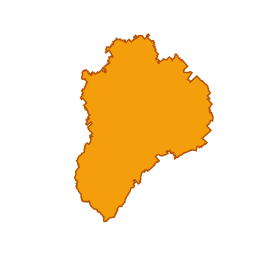 outline of Lockyer Valley, Queensland, Australia, rotated 39°
{"feature_id": "25037944B69715811070998", "entity_name": "Lockyer Valley", "entity_type": "district", "adm_level": 2, "iso_a3": "AUS", "parent_name": "Australia", "parent_adm1": "Queensland", "projection": "natural_earth1", "projection_center": [152.214, -27.681], "detail": "fine", "context": "isolated", "style": "filled", "palette": "amber", "viewbox_px": 256, "rotation_deg": 39, "n_neighbors": 0, "source": "geoboundaries", "source_scale": "gbopen_adm2", "svg_char_len": 5764}
<svg xmlns="http://www.w3.org/2000/svg" viewBox="0 0 256 256"><g transform="rotate(39 128 128)"><path d="M197.1,96.3L197.7,91.9L198.3,92.0L198.7,89.7L194.6,89.3L192.2,89.4L193.9,77.7L187.7,76.6L188.6,73.2L187.3,70.3L189.3,69.2L188.5,68.0L187.3,66.3L185.4,64.7L184.6,65.0L183.7,63.7L182.3,63.5L182.1,64.6L180.5,63.5L180.7,62.2L178.3,61.8L178.6,59.8L178.1,58.1L178.3,56.5L171.8,55.5L172.9,54.9L173.0,53.6L169.5,53.1L170.0,49.1L167.3,48.3L164.5,46.0L163.1,45.2L161.7,45.0L160.9,45.3L155.8,44.5L155.5,45.3L148.8,44.3L147.5,53.3L146.1,52.2L143.7,52.8L142.9,44.7L140.9,45.1L140.6,46.0L139.9,46.8L139.9,47.4L139.5,47.4L137.0,49.2L136.0,49.4L135.0,48.3L135.2,47.8L134.8,47.3L135.5,42.5L127.3,41.1L127.2,41.6L127.0,41.3L125.7,41.8L124.9,41.7L124.4,41.2L124.2,41.9L123.6,41.9L122.7,41.7L121.0,40.6L118.8,40.3L118.5,40.8L119.4,43.3L119.9,43.7L119.6,46.5L119.9,47.4L117.7,46.7L115.5,46.8L115.0,50.8L113.2,51.8L111.9,52.1L112.2,53.5L111.1,56.3L110.9,57.8L111.2,57.9L111.1,58.5L109.7,58.2L109.5,57.7L109.9,57.0L109.8,56.0L107.8,55.7L107.2,56.9L106.1,56.9L106.2,56.4L105.9,55.7L106.2,54.2L106.0,53.7L104.9,53.5L105.1,51.6L100.4,50.9L100.6,49.5L97.9,49.0L98.0,48.0L97.4,48.4L95.9,48.2L96.2,46.4L94.4,46.1L94.6,45.0L93.1,44.7L93.4,43.8L93.0,44.3L92.0,44.6L91.8,45.3L92.0,46.0L88.9,45.5L88.6,45.8L85.9,45.3L86.3,42.6L84.7,42.3L84.3,44.6L85.4,45.3L84.9,48.4L80.9,47.5L78.3,49.4L78.6,49.5L78.3,52.7L77.7,53.0L76.0,51.6L76.6,51.3L75.6,51.2L75.4,54.0L77.3,54.3L77.0,56.3L76.6,56.2L76.3,59.1L73.0,58.5L72.5,63.0L72.2,63.3L71.6,62.9L70.8,63.0L70.9,61.8L70.6,61.5L69.4,62.6L69.5,63.2L69.3,63.4L68.2,63.4L66.7,64.2L65.9,63.8L65.6,64.2L65.6,64.9L64.7,65.5L62.7,65.7L63.4,66.6L62.6,68.4L62.9,69.2L62.0,70.3L62.2,70.5L63.1,70.6L63.2,71.4L62.9,72.1L63.8,72.0L64.1,72.7L63.3,73.4L62.7,74.5L62.8,74.8L63.7,75.3L63.3,75.9L63.3,76.8L62.9,77.5L62.6,77.6L62.1,77.2L60.6,78.4L60.9,79.9L61.4,80.9L62.2,81.4L62.9,81.5L62.7,83.0L63.3,82.8L63.7,83.2L64.2,79.6L65.8,79.8L66.5,80.4L68.1,80.6L69.2,81.5L70.3,81.6L70.4,81.9L71.1,81.8L71.4,82.7L69.4,83.4L69.6,84.2L68.6,84.9L70.3,86.4L69.9,88.7L71.0,89.1L71.3,88.7L72.7,88.6L72.3,91.3L71.7,91.1L70.6,98.2L70.9,98.3L72.1,97.2L73.5,96.5L73.9,96.6L73.2,97.5L74.0,97.6L73.9,98.0L74.3,98.1L74.5,97.7L75.6,97.9L75.5,99.3L74.5,99.1L73.4,99.5L72.9,99.4L70.9,99.7L70.3,103.8L69.3,103.6L68.9,106.3L67.4,106.3L67.3,106.9L65.2,106.6L65.0,108.4L66.4,108.6L66.2,110.2L63.5,109.7L63.4,110.6L61.9,110.1L61.2,109.0L60.7,109.2L60.7,109.4L58.8,109.1L58.5,111.0L57.5,110.8L57.3,113.4L58.2,114.5L59.0,114.6L59.5,116.3L60.8,118.6L62.2,118.7L62.9,117.7L63.6,117.9L64.0,117.0L64.7,117.0L65.8,117.8L66.4,118.0L67.3,117.6L67.6,117.9L67.9,118.3L67.4,120.0L68.3,121.1L68.6,121.7L68.3,123.2L68.9,123.3L69.6,125.6L68.4,126.1L68.3,126.7L68.6,127.4L68.5,128.3L71.3,128.8L71.0,131.0L72.3,131.3L71.9,134.3L73.9,134.9L74.1,133.4L79.9,134.4L79.4,138.3L80.7,138.4L81.6,139.3L81.6,138.7L83.5,138.9L83.4,139.9L84.2,139.4L84.5,139.5L84.6,140.1L85.0,139.8L86.3,140.2L86.7,140.8L87.6,141.4L88.2,141.4L88.4,142.0L89.1,142.1L89.6,142.7L90.3,142.2L89.9,144.7L92.1,145.1L92.0,146.1L90.7,145.9L90.4,148.0L92.2,148.3L92.8,150.5L92.5,151.3L94.4,151.6L95.2,146.7L97.2,147.0L96.4,152.8L97.9,153.1L97.8,153.7L103.8,154.7L103.5,156.8L105.7,157.1L105.3,157.9L105.3,158.6L103.5,158.3L103.9,158.8L104.4,158.9L104.8,159.5L106.2,159.9L106.7,161.0L107.3,161.7L107.7,162.9L107.7,164.3L108.1,165.1L107.7,165.3L105.9,165.3L105.9,165.8L105.5,166.1L105.4,167.3L105.8,168.2L105.8,169.4L107.1,170.6L107.3,172.2L108.7,173.3L109.1,173.9L108.6,176.0L108.1,176.8L108.5,177.8L108.2,179.5L107.9,179.6L107.6,180.8L108.3,183.7L108.9,184.7L108.6,185.8L110.9,186.5L111.8,187.8L112.9,187.5L113.5,189.0L114.6,189.0L114.6,194.1L115.3,195.5L116.8,196.5L117.7,199.9L120.3,201.5L121.4,200.8L122.4,202.1L123.0,202.2L122.8,203.9L124.5,204.2L124.2,206.1L125.9,206.4L126.1,207.1L128.0,207.4L129.8,208.4L133.1,209.0L133.9,209.4L134.4,210.8L135.4,211.1L135.8,211.9L136.3,211.8L137.1,212.7L137.6,212.7L137.7,213.2L139.4,213.4L140.3,212.4L141.2,212.3L141.6,211.4L143.5,210.8L143.3,209.5L144.4,209.4L147.1,211.4L149.0,212.2L150.4,211.9L151.8,212.5L155.6,210.8L156.6,212.1L157.0,212.1L157.2,211.7L157.8,211.9L159.0,211.2L161.4,211.8L162.9,211.8L164.0,212.4L165.2,212.2L166.8,214.7L168.2,215.7L168.8,214.9L169.4,214.7L169.9,214.0L169.8,212.8L170.2,211.1L170.0,210.3L170.8,208.7L171.5,208.2L172.3,206.9L173.4,206.0L173.2,204.7L172.7,204.3L172.6,203.2L172.1,202.9L172.6,201.9L172.2,201.7L172.1,200.7L171.6,199.6L171.7,198.5L170.9,198.4L170.8,198.0L170.5,194.5L170.7,194.0L172.3,193.1L172.4,192.2L172.0,191.5L172.3,190.3L172.0,188.9L172.4,187.8L171.3,186.5L170.8,185.2L170.8,184.2L170.0,182.9L170.2,181.1L169.8,179.9L169.8,178.3L169.4,177.2L169.5,176.4L169.3,176.3L169.1,175.0L168.3,173.4L168.3,172.3L169.4,171.2L169.7,170.5L169.2,168.7L167.6,168.4L167.9,166.0L165.9,165.7L165.9,165.4L165.3,165.3L165.5,164.2L166.0,164.3L166.1,164.0L171.3,164.8L171.7,162.0L170.2,161.7L170.4,160.1L168.4,157.8L166.9,154.2L167.6,150.4L168.4,151.6L168.9,148.7L170.3,148.9L170.4,148.0L170.8,148.1L172.0,139.7L171.2,139.5L171.8,135.8L172.6,135.9L172.9,133.8L167.3,132.9L167.5,130.8L168.4,129.6L170.3,129.1L172.3,128.0L172.5,126.7L173.8,125.7L173.9,124.9L175.1,122.8L172.6,122.1L172.8,120.9L174.1,121.0L174.6,120.3L174.7,119.4L175.1,120.0L177.1,120.7L177.7,120.4L177.0,119.6L177.1,119.2L178.1,118.9L178.6,119.2L179.3,118.7L179.7,119.8L180.6,120.0L181.3,120.5L181.7,120.3L181.7,119.7L182.1,119.7L182.8,120.9L182.9,121.9L183.7,122.5L184.1,119.8L184.9,120.0L185.2,118.7L185.6,118.3L185.2,116.8L186.7,115.2L186.7,114.2L187.3,111.9L188.0,111.4L188.2,110.7L188.9,109.7L189.6,107.6L190.4,107.0L190.9,106.1L191.0,105.8L190.7,105.6L191.3,105.2L191.1,104.9L195.2,102.7L193.3,98.8L194.8,98.0L196.0,98.3L196.4,95.8L197.1,96.3Z" fill="#f59e0b" stroke="#b45309" stroke-width="1.5"/></g></svg>